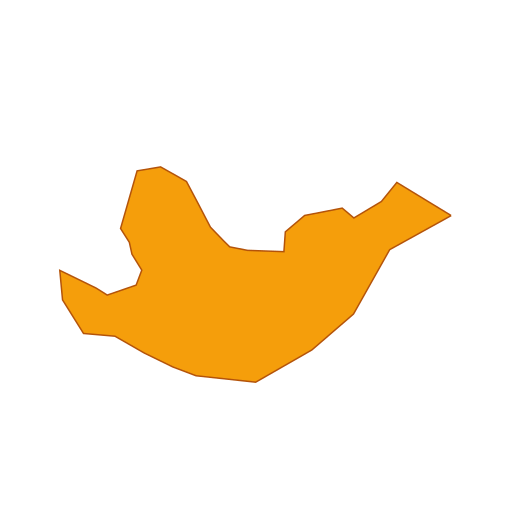 the district of Yeonje-gu, Busan, South Korea, rotated 161°
{"feature_id": "91817680B90297389150949", "entity_name": "Yeonje-gu", "entity_type": "district", "adm_level": 2, "iso_a3": "KOR", "parent_name": "South Korea", "parent_adm1": "Busan", "projection": "albers", "projection_center": [129.072, 35.172], "detail": "fine", "context": "isolated", "style": "filled", "palette": "amber", "viewbox_px": 512, "rotation_deg": 161, "n_neighbors": 0, "source": "geoboundaries", "source_scale": "gbopen_adm2", "svg_char_len": 622}
<svg xmlns="http://www.w3.org/2000/svg" viewBox="0 0 512 512"><g transform="rotate(161 256 256)"><path d="M59.2,230.5L59.3,230.7L58.8,231.3L98.9,279.7L119.7,266.7L151.1,260.1L158.9,273.2L196.8,278.5L220.4,269.3L228.2,251.0L262.2,264.1L277.9,273.2L281.8,281.1L289.7,298.1L293.6,324.2L297.5,349.1L312.4,365.9L317.2,371.3L340.7,375.2L375.1,326.1L371.3,310.2L372.7,298.1L368.6,279.8L378.8,267.5L409.4,267.5L417.6,277.7L446.2,306.3L453.2,277.5L444.3,238.9L415.5,226.1L393.2,200.6L370.8,178.2L351.7,162.3L297.4,136.8L233.7,149.0L182.7,169.4L127.5,218.5L59.2,230.5Z" fill="#f59e0b" stroke="#b45309" stroke-width="1.5"/></g></svg>